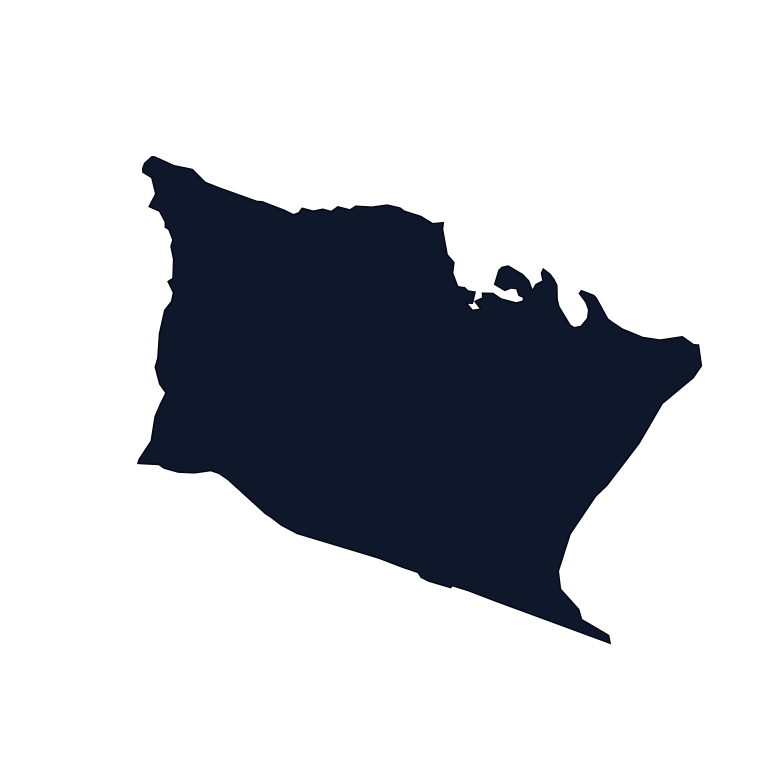 the district of Manatí, Puerto Rico, rotated 109°
{"feature_id": "32010507B74616121786134", "entity_name": "Manatí", "entity_type": "district", "adm_level": 2, "iso_a3": "PRI", "parent_name": "Puerto Rico", "parent_adm1": "", "projection": "equal_earth", "projection_center": [-66.506, 18.418], "detail": "fine", "context": "isolated", "style": "filled", "palette": "ink", "viewbox_px": 768, "rotation_deg": 109, "n_neighbors": 0, "source": "geoboundaries", "source_scale": "gbopen_adm2", "svg_char_len": 2142}
<svg xmlns="http://www.w3.org/2000/svg" viewBox="0 0 768 768"><g transform="rotate(109 384 384)"><path d="M475.6,588.8L489.3,589.8L513.7,585.5L535.0,591.0L539.2,590.8L533.4,570.6L535.1,564.5L534.3,549.9L529.7,534.3L522.2,519.5L522.2,511.1L525.0,500.6L545.2,453.7L546.6,447.9L550.8,435.2L553.6,417.5L550.3,332.6L551.2,305.8L551.1,290.4L554.7,285.9L555.8,277.5L554.8,254.7L552.4,254.0L551.9,237.9L553.0,204.8L553.3,189.1L555.5,85.8L549.5,89.3L548.6,89.8L542.4,120.5L533.8,126.5L520.6,150.3L517.8,151.7L504.2,158.3L465.3,159.2L465.2,159.2L452.9,155.9L420.9,147.3L409.1,141.2L407.6,140.4L403.2,138.9L384.4,132.6L357.1,123.6L336.4,119.4L328.0,117.8L325.1,117.2L311.8,114.6L308.9,112.8L297.5,105.9L294.0,103.8L279.7,95.1L277.5,93.7L270.6,91.8L263.5,89.8L245.2,99.1L244.8,99.3L246.1,104.1L242.2,117.3L252.6,137.2L255.8,154.6L254.5,176.5L251.4,188.5L249.6,193.8L234.3,210.6L233.0,212.4L232.0,214.8L231.5,227.7L234.8,228.7L241.0,219.6L247.2,214.6L255.6,212.8L265.4,216.5L268.9,222.4L267.9,227.1L254.0,243.8L247.8,247.8L234.5,252.7L229.8,257.5L226.1,262.9L223.5,270.8L227.9,271.2L234.7,267.2L240.5,272.7L247.7,274.1L239.5,280.7L235.4,288.6L232.0,305.0L235.4,310.5L239.2,312.3L253.7,311.8L256.1,300.2L251.9,295.3L250.6,289.6L256.2,285.3L256.6,280.2L260.3,279.4L264.3,285.2L265.5,301.0L262.9,310.4L266.1,320.5L270.4,318.6L276.3,324.9L281.7,316.8L285.6,324.3L280.6,332.7L278.9,326.7L267.5,327.8L268.7,335.1L266.7,339.1L267.5,342.7L267.9,346.0L256.9,355.2L246.4,357.5L241.2,366.4L218.7,379.0L212.2,380.5L216.6,390.1L214.8,398.4L213.6,403.5L214.0,421.2L212.4,426.2L213.8,439.3L220.7,452.9L225.1,468.6L230.5,472.8L231.5,485.3L238.1,490.0L238.7,498.9L243.6,507.0L244.5,518.6L249.8,520.2L253.5,524.7L252.2,535.3L251.4,558.6L252.8,563.9L252.3,603.5L251.6,618.7L243.6,635.0L246.0,653.9L244.0,675.1L244.8,677.5L253.4,682.2L259.0,682.2L262.2,680.9L264.5,670.7L278.6,661.7L292.7,663.8L293.6,652.5L302.0,643.5L307.0,641.8L307.7,637.9L316.4,630.5L323.2,630.2L334.6,623.5L352.9,617.9L357.4,621.5L366.1,612.8L375.3,611.7L385.6,615.3L409.3,612.7L433.2,606.2L442.4,605.8L457.0,596.1L463.4,587.2L475.6,588.8Z" fill="#0f172a" stroke="#020617" stroke-width="1.5"/></g></svg>